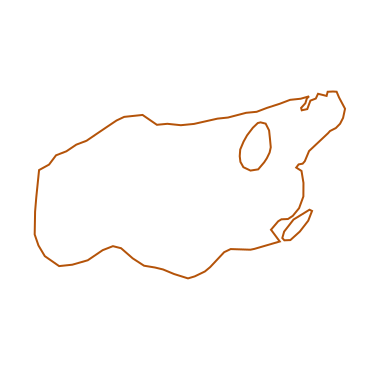 outline of Mundok, P'yŏngan-namdo, North Korea, rotated 174°
{"feature_id": "82179303B50652768805745", "entity_name": "Mundok", "entity_type": "district", "adm_level": 2, "iso_a3": "PRK", "parent_name": "North Korea", "parent_adm1": "P'yŏngan-namdo", "projection": "albers", "projection_center": [125.486, 39.516], "detail": "fine", "context": "isolated", "style": "outline", "palette": "amber", "viewbox_px": 384, "rotation_deg": 174, "n_neighbors": 0, "source": "geoboundaries", "source_scale": "gbopen_adm2", "svg_char_len": 1495}
<svg xmlns="http://www.w3.org/2000/svg" viewBox="0 0 384 384"><g transform="rotate(174 192 192)"><path d="M205.0,106.5L198.1,107.8L187.5,111.6L181.8,115.4L166.3,128.8L159.5,131.2L139.9,128.5L135.9,128.9L109.9,133.6L116.8,145.3L117.4,146.2L109.3,153.9L105.9,155.5L99.4,155.1L94.3,157.7L87.2,164.7L81.7,175.9L80.2,189.4L80.9,201.5L85.8,205.4L83.1,208.3L79.0,208.6L76.6,210.8L71.3,220.5L50.6,236.2L48.4,238.2L42.2,240.6L37.6,244.4L34.0,249.9L31.1,258.8L35.9,270.7L37.7,276.6L41.3,277.2L46.6,277.5L48.1,273.5L56.4,276.5L59.1,272.0L64.7,270.5L68.7,262.4L74.3,261.8L74.7,264.2L70.0,268.4L68.0,273.0L65.6,274.9L74.2,273.4L84.8,273.4L95.4,270.6L108.7,267.8L119.3,265.0L129.9,265.1L148.4,262.3L159.0,262.3L182.9,259.5L196.1,259.6L209.4,262.4L219.9,262.5L233.1,273.8L241.1,273.8L251.6,273.8L259.6,271.0L270.2,265.4L280.9,259.7L291.5,254.0L302.1,251.2L312.7,245.6L323.4,242.7L331.3,234.2L341.8,229.8L347.4,203.1L350.1,188.9L352.9,166.2L350.3,154.9L345.1,143.6L331.9,132.2L318.7,132.2L302.8,135.0L286.9,143.5L276.3,146.4L268.4,143.5L257.9,132.2L247.4,123.7L236.8,120.8L228.9,118.0L218.4,112.3L205.0,106.5ZM116.6,254.1L111.6,252.3L108.9,245.2L108.9,236.7L109.0,228.2L110.7,223.1L114.0,217.8L117.1,214.0L123.8,207.6L131.6,207.2L138.3,211.3L140.7,216.9L140.8,222.6L139.6,229.2L135.4,236.8L131.3,242.6L124.8,249.5L119.4,253.7L116.6,254.1ZM93.9,154.0L104.5,143.0L107.0,136.8L105.2,134.3L99.2,133.9L88.9,141.4L79.4,151.3L74.6,160.6L77.0,162.1L93.9,154.0Z" fill="none" stroke="#b45309" stroke-width="2"/></g></svg>